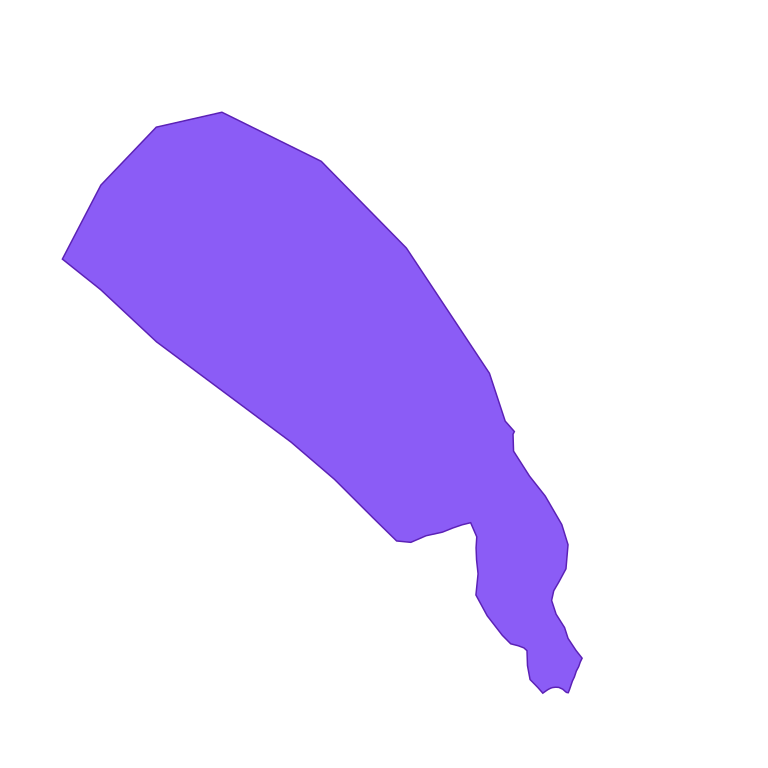 the district of Monchy/Cletus Village, Dauphin, Saint Lucia, rotated 222°
{"feature_id": "8701671B26752019642149", "entity_name": "Monchy/Cletus Village", "entity_type": "district", "adm_level": 2, "iso_a3": "LCA", "parent_name": "Saint Lucia", "parent_adm1": "Dauphin", "projection": "albers", "projection_center": [-60.928, 14.051], "detail": "fine", "context": "isolated", "style": "filled", "palette": "violet", "viewbox_px": 768, "rotation_deg": 222, "n_neighbors": 0, "source": "geoboundaries", "source_scale": "gbopen_adm2", "svg_char_len": 997}
<svg xmlns="http://www.w3.org/2000/svg" viewBox="0 0 768 768"><g transform="rotate(222 384 384)"><path d="M255.3,435.9L269.1,437.5L312.8,462.5L458.3,500.0L569.0,506.8L579.6,507.5L686.3,477.5L725.1,422.5L727.2,352.2L727.5,342.4L706.6,261.6L657.7,264.5L581.2,263.1L414.4,278.6L357.0,280.0L302.4,277.2L269.6,275.8L258.1,284.3L251.2,299.4L241.4,313.1L236.5,323.1L231.7,331.7L226.8,338.9L212.8,332.5L205.9,323.8L197.5,315.2L187.1,305.9L174.5,288.7L152.2,280.8L127.9,276.4L116.0,275.7L109.1,279.3L103.5,281.5L99.3,281.5L88.9,270.7L77.7,262.1L66.6,261.4L59.1,260.5L58.4,263.7L57.7,266.6L56.6,269.5L55.6,271.2L53.6,273.5L51.1,275.5L46.9,276.8L43.4,276.8L42.8,276.8L41.6,277.1L40.5,277.9L41.7,281.1L45.2,289.3L46.5,293.7L49.0,299.4L50.2,304.2L52.1,308.7L53.3,312.8L63.1,314.5L77.0,318.1L86.8,323.8L102.1,328.1L114.6,335.3L119.5,343.9L121.6,354.0L125.1,368.4L139.7,387.7L157.8,398.5L189.2,408.6L214.2,412.9L242.8,420.8L254.5,433.0L255.3,435.9Z" fill="#8b5cf6" stroke="#5b21b6" stroke-width="1.5"/></g></svg>